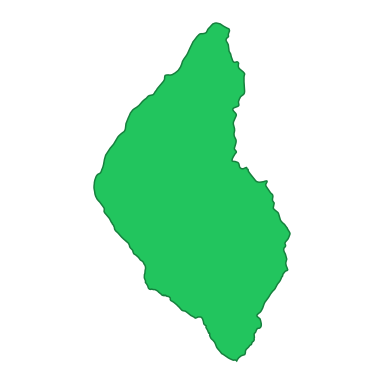 Pachavita, Boyacá, Colombia (Albers equal-area conic projection)
{"feature_id": "7082276B87179033828230", "entity_name": "Pachavita", "entity_type": "district", "adm_level": 2, "iso_a3": "COL", "parent_name": "Colombia", "parent_adm1": "Boyacá", "projection": "albers", "projection_center": [-73.397, 5.151], "detail": "fine", "context": "isolated", "style": "filled", "palette": "green", "viewbox_px": 384, "rotation_deg": 0, "n_neighbors": 0, "source": "geoboundaries", "source_scale": "gbopen_adm2", "svg_char_len": 6005}
<svg xmlns="http://www.w3.org/2000/svg" viewBox="0 0 384 384"><path d="M287.3,228.1L286.9,227.7L285.8,226.2L284.9,224.9L284.3,224.2L282.6,222.8L281.5,221.6L280.8,220.7L280.3,219.7L278.8,214.5L278.4,213.3L277.9,212.5L274.5,209.7L273.6,208.7L273.3,208.2L273.3,207.6L274.1,203.6L274.1,202.9L272.8,201.1L272.5,200.3L272.5,198.9L272.9,196.7L272.8,195.6L272.6,194.9L272.1,194.2L271.0,193.3L270.2,192.3L266.3,186.6L265.9,185.8L265.7,184.7L266.2,183.4L266.8,182.4L267.1,181.6L266.9,181.0L266.5,180.9L265.3,181.1L263.4,181.7L261.5,182.0L260.1,182.2L258.7,182.2L257.6,181.9L256.7,181.6L255.6,180.7L249.9,173.5L248.4,171.3L248.2,170.6L248.2,169.9L247.9,169.3L247.2,169.0L246.9,168.4L246.8,167.9L246.5,167.5L245.6,167.7L243.4,168.7L242.6,168.8L241.4,168.6L240.4,168.0L239.8,167.4L239.4,166.1L239.1,164.7L238.7,163.5L238.3,162.9L237.7,162.4L235.1,161.5L232.9,161.3L232.4,161.1L232.1,160.8L232.0,160.2L232.4,158.6L233.3,156.8L234.9,154.1L236.3,152.4L236.3,151.6L235.9,150.9L234.7,149.5L234.4,148.9L234.4,148.1L235.5,144.5L235.9,143.0L236.1,141.9L236.1,140.6L235.9,139.6L234.4,136.5L234.1,135.4L234.0,133.5L234.6,130.6L234.5,128.6L233.4,124.4L233.3,123.5L233.4,122.4L233.6,121.6L236.0,116.2L236.3,115.2L236.2,114.3L235.7,113.4L233.6,111.1L233.1,110.3L232.8,109.6L232.9,108.9L233.3,108.3L234.1,107.8L237.7,106.4L238.5,105.9L238.9,105.1L238.8,104.1L238.5,102.6L238.5,101.6L239.3,99.2L240.5,96.9L241.2,96.2L242.8,95.0L243.6,94.4L244.1,93.6L244.4,92.9L244.6,91.3L244.0,81.9L244.0,77.2L244.2,75.6L244.6,74.5L244.6,73.8L244.3,73.2L243.1,71.8L240.1,69.3L239.3,68.6L238.9,68.0L238.4,66.9L238.3,66.2L238.4,64.3L238.6,63.6L238.6,63.2L238.0,62.3L237.1,61.8L236.5,61.9L235.7,62.2L234.3,62.3L233.6,62.0L232.8,61.0L232.4,60.0L232.3,59.6L231.3,56.9L230.6,53.9L229.1,51.3L228.3,44.8L227.6,43.3L226.7,41.8L226.0,40.3L226.2,39.1L227.1,37.8L227.6,37.5L228.3,36.8L228.5,36.4L228.5,35.8L228.3,35.3L228.4,33.9L229.5,30.9L229.4,30.2L229.1,29.2L228.8,28.8L226.9,28.0L223.6,26.2L220.2,23.9L217.8,23.3L216.3,23.0L215.1,23.1L212.9,23.9L211.3,25.5L210.4,26.6L208.8,28.2L207.8,29.4L207.2,30.8L206.6,31.8L206.4,32.4L205.5,33.0L204.3,33.4L202.9,33.7L201.5,33.7L200.0,33.9L199.0,34.6L196.9,36.8L194.2,40.4L193.1,41.7L192.3,43.4L190.0,48.1L187.9,52.8L187.1,54.4L186.2,55.8L183.9,59.0L182.5,61.4L181.7,64.1L180.5,67.0L178.3,70.3L176.6,71.8L174.9,73.1L172.1,74.7L171.2,74.9L170.0,75.1L168.2,74.9L166.8,75.0L166.1,75.1L165.1,75.5L164.8,76.4L164.6,77.6L164.6,78.8L164.2,80.1L163.4,81.4L157.4,88.5L156.4,90.2L155.1,91.8L154.4,93.1L153.6,94.2L152.9,94.8L149.2,95.6L148.2,96.2L147.3,97.1L146.7,97.9L145.7,98.8L144.6,99.5L142.5,101.4L139.0,105.5L136.5,107.4L134.2,108.8L132.7,110.0L130.4,113.1L129.3,115.7L128.1,118.3L126.0,123.6L125.4,128.7L125.0,130.1L124.1,131.6L122.5,132.7L120.6,134.2L118.7,136.0L117.8,137.1L113.6,144.2L110.2,148.2L105.7,155.1L104.5,159.2L103.6,164.3L103.0,166.7L102.5,168.1L101.6,170.2L101.5,170.8L101.2,171.6L100.3,173.0L99.7,173.4L97.9,174.3L97.3,174.8L96.3,176.2L95.9,177.1L94.8,180.3L94.4,182.3L94.3,183.8L94.1,185.3L94.0,187.2L94.1,188.7L94.7,191.9L95.0,194.1L95.7,196.3L97.1,199.1L98.5,200.8L99.8,202.1L103.8,207.6L104.3,208.7L104.2,210.1L104.1,211.1L104.1,211.6L104.7,212.8L109.4,218.4L110.0,219.5L111.4,222.3L112.1,223.0L112.2,223.7L113.3,225.0L114.3,227.2L114.6,229.1L115.2,230.2L115.7,230.9L118.0,233.0L121.5,237.0L123.9,239.3L128.4,243.2L128.7,243.8L129.3,245.0L129.7,246.8L130.1,247.5L130.8,248.4L132.1,249.7L132.7,250.5L133.0,251.8L133.7,253.6L134.1,254.0L135.8,255.0L138.5,257.4L140.4,260.0L142.3,261.2L142.8,261.6L143.5,262.7L144.1,264.1L144.8,265.0L145.3,266.1L145.6,268.1L145.1,270.6L144.9,273.3L144.4,274.7L144.3,277.4L144.4,278.1L145.6,281.1L145.5,281.4L145.4,282.1L145.5,282.6L146.5,283.8L147.7,285.8L148.3,287.8L148.7,288.5L149.6,289.2L150.7,289.4L151.5,289.1L151.9,289.2L153.6,289.6L154.1,289.6L154.7,289.6L155.4,289.7L156.2,290.3L157.1,290.7L157.5,290.9L158.6,292.1L161.1,294.1L161.6,294.7L162.2,295.2L163.5,295.6L163.8,295.5L163.8,295.1L164.0,295.1L164.8,295.7L165.2,295.7L165.4,295.3L165.6,295.3L166.1,295.6L166.9,296.3L168.1,296.4L168.7,296.6L169.3,297.0L169.9,297.5L170.2,297.9L170.3,298.6L170.3,299.7L170.8,300.5L172.7,301.6L173.8,302.3L176.8,304.8L177.6,305.7L179.2,307.2L181.7,310.1L182.9,310.7L184.6,311.0L185.3,311.2L186.1,311.7L187.6,312.8L190.9,315.5L193.3,316.7L194.3,317.3L195.1,318.0L195.6,318.1L196.1,317.9L198.2,317.0L200.2,317.0L200.9,317.1L201.4,317.4L201.8,317.8L202.5,318.8L203.3,321.2L203.8,323.8L204.2,324.4L204.7,324.9L206.0,325.7L206.1,326.5L206.0,327.0L206.0,327.6L207.5,330.1L208.7,333.1L209.4,333.0L209.6,333.4L209.8,334.2L209.6,335.4L210.7,337.9L211.3,338.8L212.9,340.2L214.5,342.1L215.3,343.7L216.6,347.1L217.5,348.5L220.1,351.5L221.0,352.7L221.7,353.6L223.1,354.3L228.2,357.8L229.8,358.7L232.5,359.9L233.4,360.2L234.7,360.0L235.5,360.1L236.0,360.3L236.7,361.0L237.2,360.0L237.8,359.0L238.9,357.6L241.4,355.7L244.7,354.6L245.1,353.8L245.4,352.5L245.4,351.5L245.7,350.4L246.2,349.4L248.6,347.1L249.8,345.4L251.4,344.5L252.0,342.6L252.5,341.9L253.4,341.3L254.0,340.4L254.2,339.6L254.1,338.7L254.2,338.0L254.4,337.4L254.1,334.7L254.2,333.8L254.6,333.2L255.5,332.3L255.9,331.4L256.3,330.2L257.4,328.5L258.3,328.3L259.6,328.1L260.4,327.5L261.0,326.5L261.3,325.1L261.2,323.4L260.6,320.7L260.2,319.4L259.9,318.7L257.5,316.8L256.9,315.9L256.9,315.2L257.3,314.7L258.3,313.6L259.8,312.5L260.7,311.6L261.3,310.7L262.0,309.4L262.7,308.0L264.0,304.2L264.8,302.4L268.5,297.4L270.6,293.9L272.6,291.3L274.5,289.4L275.1,288.6L277.3,284.4L278.2,283.2L279.2,282.0L280.1,280.7L280.7,279.5L281.7,277.1L282.5,276.2L282.8,274.8L283.0,274.1L283.4,273.6L284.8,271.8L285.5,271.1L287.1,270.5L287.5,270.2L287.7,269.7L287.0,267.6L286.3,266.1L285.8,263.7L285.8,262.7L286.2,261.0L286.7,259.4L286.7,258.9L285.4,254.2L284.2,251.8L283.9,251.0L283.7,249.2L283.9,248.4L284.3,247.7L285.0,247.0L285.5,246.2L285.6,245.5L285.4,244.7L284.9,243.4L285.1,242.7L285.6,241.8L287.9,239.1L288.7,237.5L289.8,234.6L290.0,233.7L289.8,232.8L289.0,231.3L287.6,229.1L287.3,228.1Z" fill="#22c55e" stroke="#15803d" stroke-width="1.5"/></svg>